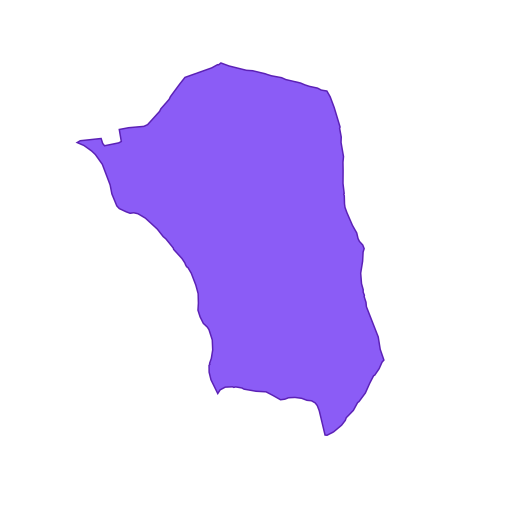 outline of Ixtahuacán, Huehuetenango, Guatemala, rotated 159°
{"feature_id": "79465075B38724413967486", "entity_name": "Ixtahuacán", "entity_type": "district", "adm_level": 2, "iso_a3": "GTM", "parent_name": "Guatemala", "parent_adm1": "Huehuetenango", "projection": "equal_earth", "projection_center": [-91.799, 15.426], "detail": "fine", "context": "isolated", "style": "filled", "palette": "violet", "viewbox_px": 512, "rotation_deg": 159, "n_neighbors": 0, "source": "geoboundaries", "source_scale": "gbopen_adm2", "svg_char_len": 1921}
<svg xmlns="http://www.w3.org/2000/svg" viewBox="0 0 512 512"><g transform="rotate(159 256 256)"><path d="M341.0,141.3L337.4,143.9L331.7,144.6L324.8,142.3L323.8,141.3L321.9,141.1L316.5,137.9L314.9,136.0L304.4,129.7L295.3,125.6L290.2,119.8L284.6,113.0L280.4,112.0L276.4,112.0L270.3,110.0L264.4,106.8L260.1,103.0L256.1,101.0L253.4,97.7L252.4,94.4L252.4,88.9L255.7,64.1L253.9,63.2L246.6,64.0L236.7,67.4L231.6,70.5L229.7,72.7L220.4,77.0L213.7,82.7L212.0,83.2L203.0,88.9L195.4,96.5L189.1,102.1L187.9,102.2L181.5,106.6L176.4,111.7L173.9,113.0L173.5,124.3L170.9,136.6L171.1,169.1L169.9,173.4L169.6,179.3L168.9,180.5L168.9,183.8L168.0,186.2L167.4,192.4L164.4,202.5L158.3,213.0L154.6,221.3L152.4,224.1L152.4,228.0L154.2,232.5L154.5,235.7L153.7,241.4L155.0,250.1L155.6,264.0L155.5,269.5L154.7,272.9L152.0,280.6L152.0,282.2L151.3,282.7L148.8,292.5L143.9,305.0L141.2,312.4L138.7,317.4L135.9,331.6L133.8,336.5L132.2,345.2L131.3,346.3L129.8,366.5L129.7,378.0L130.7,384.6L135.6,387.5L138.4,390.7L145.3,395.2L149.1,398.3L152.4,401.5L164.9,410.0L168.2,413.3L177.0,418.7L180.6,421.5L181.8,422.6L192.8,430.2L198.4,432.8L213.1,443.1L219.6,448.8L222.3,447.9L223.4,448.4L229.9,447.5L258.3,448.2L265.7,443.8L278.7,435.5L280.9,433.4L292.1,427.5L294.1,425.6L310.1,417.5L314.2,417.2L328.9,421.4L338.3,423.1L340.7,411.2L343.5,410.8L357.9,413.2L358.8,416.0L358.5,421.2L378.8,426.6L382.3,426.0L377.0,420.8L371.8,412.9L369.6,408.3L366.6,396.6L366.7,374.7L368.3,365.6L368.0,352.6L366.6,349.2L361.3,343.7L358.2,341.0L354.7,340.2L351.1,337.8L345.7,331.0L338.5,316.5L335.7,307.4L334.0,304.3L330.4,293.2L330.5,291.6L326.0,280.1L324.9,275.1L324.9,273.0L324.6,270.8L323.7,269.6L322.6,263.1L322.6,250.5L323.5,241.6L326.7,232.6L329.6,226.2L330.0,219.2L329.3,211.9L326.9,207.0L326.3,204.0L326.9,193.3L330.1,183.8L334.4,176.4L337.8,172.4L337.9,171.4L339.0,170.8L341.4,164.3L342.4,156.6L341.0,141.3Z" fill="#8b5cf6" stroke="#5b21b6" stroke-width="1.5"/></g></svg>